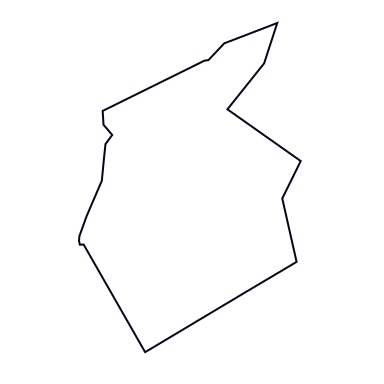 Jandaíra, Rio Grande do Norte, Brazil, rotated 257°
{"feature_id": "56859067B73444241078721", "entity_name": "Jandaíra", "entity_type": "district", "adm_level": 2, "iso_a3": "BRA", "parent_name": "Brazil", "parent_adm1": "Rio Grande do Norte", "projection": "robinson", "projection_center": [-36.108, -5.36], "detail": "fine", "context": "isolated", "style": "outline", "palette": "ink", "viewbox_px": 384, "rotation_deg": 257, "n_neighbors": 0, "source": "geoboundaries", "source_scale": "gbopen_adm2", "svg_char_len": 446}
<svg xmlns="http://www.w3.org/2000/svg" viewBox="0 0 384 384"><g transform="rotate(257 192 192)"><path d="M174.4,72.4L169.9,70.9L165.9,70.9L165.2,74.6L46.5,110.3L82.0,220.5L100.4,278.2L165.4,278.5L187.9,296.9L197.7,304.9L264.6,245.1L301.1,291.2L337.5,313.1L329.6,256.9L316.8,237.6L317.2,233.8L291.1,123.2L277.4,120.9L265.5,127.1L258.2,118.5L243.4,113.4L223.3,106.7L192.2,83.9L174.4,72.4Z" fill="none" stroke="#020617" stroke-width="2"/></g></svg>